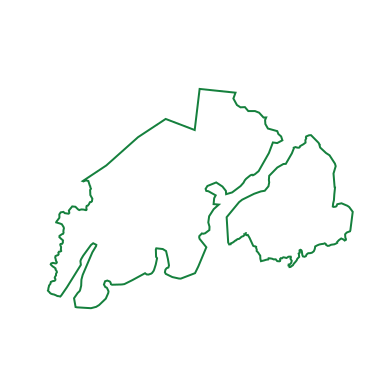 Petersburg, Alaska, United States of America, rotated 262°
{"feature_id": "52423323B76828844452953", "entity_name": "Petersburg", "entity_type": "district", "adm_level": 2, "iso_a3": "USA", "parent_name": "United States of America", "parent_adm1": "Alaska", "projection": "mercator", "projection_center": [-133.171, 57.135], "detail": "fine", "context": "isolated", "style": "outline", "palette": "green", "viewbox_px": 384, "rotation_deg": 262, "n_neighbors": 0, "source": "geoboundaries", "source_scale": "gbopen_adm2", "svg_char_len": 5566}
<svg xmlns="http://www.w3.org/2000/svg" viewBox="0 0 384 384"><g transform="rotate(262 192 192)"><path d="M284.3,248.9L293.0,213.9L253.0,203.3L268.0,176.1L253.8,146.2L230.2,110.8L218.0,85.3L217.6,86.0L218.3,88.6L217.3,90.9L215.9,91.1L214.9,91.3L213.6,91.5L212.5,91.7L211.9,92.0L210.7,92.0L209.3,92.4L208.2,91.4L203.1,90.9L199.2,92.4L196.7,91.6L196.2,90.9L196.1,89.5L194.2,88.2L193.0,86.9L192.9,85.8L191.8,85.3L190.3,85.1L189.3,85.2L188.8,84.8L188.9,84.0L189.6,82.5L190.1,80.4L190.0,78.7L189.8,77.8L190.7,76.7L193.6,74.5L194.4,71.4L190.8,67.5L189.1,67.6L188.4,67.6L187.7,66.8L188.0,65.6L188.8,63.0L190.2,61.9L190.1,59.1L188.3,57.5L185.4,57.2L184.7,56.9L184.1,56.3L183.5,55.6L183.0,55.2L182.2,54.3L181.5,53.6L180.8,53.3L180.3,54.4L179.9,55.2L179.2,56.8L178.2,58.6L176.4,59.4L175.3,59.9L174.2,60.1L173.4,60.0L172.9,59.7L171.9,59.4L170.6,59.1L169.8,59.2L168.6,58.6L168.3,57.3L167.5,55.7L167.0,54.7L165.7,54.4L164.6,55.3L163.1,56.5L162.7,57.1L161.7,57.5L161.1,57.2L159.9,57.1L158.8,56.2L158.8,55.3L158.8,54.6L158.2,54.2L157.3,54.3L155.8,54.7L154.7,54.5L153.5,54.1L152.8,54.3L151.7,54.2L151.4,53.4L151.4,52.4L151.4,52.0L150.5,51.2L149.4,51.3L148.8,51.2L148.1,50.4L148.0,49.3L147.5,47.9L146.1,47.4L144.3,47.7L142.9,47.7L141.6,48.3L140.9,48.3L140.3,47.6L140.3,46.8L141.2,44.4L141.0,43.3L140.8,42.5L140.0,42.0L139.3,42.4L138.3,43.2L137.4,44.0L136.6,45.0L135.3,46.2L134.1,46.1L132.9,46.8L131.5,47.1L130.8,46.6L130.0,46.0L129.2,45.8L128.5,45.8L127.1,44.6L126.1,44.1L124.8,44.6L124.0,44.5L123.2,43.6L123.1,41.6L122.6,39.7L121.4,39.2L120.9,39.1L120.2,38.4L119.2,37.4L118.0,37.0L116.7,36.4L115.2,36.1L114.6,35.6L113.6,36.0L113.0,36.7L112.0,37.2L111.1,38.0L110.3,39.4L109.7,41.1L108.7,42.8L107.7,44.2L107.4,45.5L106.8,47.0L107.8,48.2L115.1,54.9L135.3,71.8L139.1,71.9L140.7,72.7L144.1,75.4L153.6,84.6L155.0,87.0L153.0,89.9L151.8,89.5L146.1,84.9L125.1,72.2L120.6,70.3L114.6,69.2L110.6,67.6L109.5,66.9L107.9,64.7L103.2,60.4L94.3,60.7L93.8,62.0L91.0,75.8L91.6,81.1L93.0,84.3L98.4,91.8L103.6,95.0L105.3,95.5L108.7,94.5L109.4,94.0L109.8,93.0L112.6,91.9L115.7,93.5L116.1,95.8L114.8,98.1L113.8,98.7L112.0,98.9L111.3,99.9L110.2,109.6L110.2,112.2L113.0,120.6L118.1,134.2L116.7,135.6L116.3,137.4L116.8,140.1L117.3,141.1L119.1,142.9L120.4,143.7L125.2,146.0L131.3,148.2L132.8,147.4L140.1,148.2L141.2,148.8L139.6,155.1L137.1,158.1L129.2,158.8L122.5,159.0L120.5,158.1L120.1,156.3L118.8,154.9L116.3,154.0L114.6,154.6L110.5,160.7L108.1,167.1L107.8,168.9L111.2,183.7L117.4,187.9L135.3,198.5L144.5,193.0L146.1,192.8L147.3,193.1L149.6,196.0L149.1,197.2L149.3,199.2L151.9,203.9L155.2,204.5L159.6,203.9L165.6,205.6L172.0,211.1L175.8,216.8L177.0,211.7L182.8,213.1L185.4,215.0L190.5,208.3L191.1,206.3L193.2,205.9L195.8,208.1L198.1,217.3L193.2,222.9L188.4,225.7L185.1,225.5L186.0,231.7L191.1,240.9L194.0,244.3L196.2,245.9L197.6,247.5L200.2,251.8L200.7,253.2L200.6,254.4L200.1,254.7L200.8,256.7L203.4,260.9L219.9,273.6L229.8,279.0L228.6,283.2L230.6,288.7L234.6,288.0L237.4,285.6L240.4,284.9L244.3,276.0L249.1,274.1L253.1,274.4L255.5,275.8L255.8,273.2L261.2,269.5L263.4,265.6L264.3,259.0L268.7,256.2L269.1,251.8L271.9,248.6L278.8,246.0L284.3,248.9ZM134.9,221.5L134.9,223.0L135.3,223.1L135.8,223.5L136.0,224.5L136.3,225.3L136.5,225.8L137.0,226.7L137.3,227.2L137.7,227.7L137.8,228.2L138.1,229.1L138.5,229.3L138.7,229.9L138.9,230.5L139.1,231.0L139.0,231.6L139.1,232.2L139.7,233.2L140.1,233.8L140.4,234.3L140.7,234.7L140.9,235.3L141.1,236.1L141.1,236.5L141.4,237.1L141.9,237.6L142.4,238.0L142.7,238.0L142.5,238.5L142.7,238.9L142.9,239.0L143.4,239.1L143.7,239.3L143.7,239.5L143.0,239.3L142.4,239.5L141.9,239.7L141.6,240.2L141.6,240.8L141.7,241.3L138.6,242.6L130.2,245.1L129.5,246.3L129.4,247.0L128.8,247.9L127.7,247.7L126.1,248.1L124.6,247.8L122.8,249.1L121.0,249.9L119.5,250.7L116.4,250.4L113.9,250.7L114.2,253.8L114.6,256.1L114.6,258.1L115.7,258.6L115.4,260.1L114.8,262.0L113.9,263.5L113.7,265.5L111.7,266.8L111.2,268.8L111.4,269.6L112.5,270.0L113.3,269.8L114.1,270.7L113.8,271.9L114.3,272.5L114.6,273.4L114.2,274.8L113.5,276.3L114.0,277.6L114.5,278.4L114.4,280.0L114.2,280.8L113.2,280.8L112.2,280.2L110.0,281.2L108.5,280.6L107.5,279.9L106.6,278.4L106.7,277.6L105.7,277.3L105.2,278.0L104.1,278.1L104.1,279.3L104.6,279.7L104.9,280.6L105.4,281.7L106.9,282.9L108.3,284.6L109.7,286.1L111.2,287.0L112.8,289.1L115.4,289.2L116.2,289.0L116.7,289.7L116.9,290.3L118.0,290.4L118.6,290.2L119.3,290.4L119.7,291.3L119.2,292.1L118.2,292.5L116.1,292.5L114.3,292.5L112.8,292.9L112.2,294.4L112.6,295.8L114.2,296.8L115.2,298.5L115.0,300.6L115.2,302.3L116.3,304.3L118.0,305.4L119.5,306.0L120.9,306.4L121.7,308.5L122.3,310.8L122.4,312.7L122.4,315.1L122.7,316.3L121.8,317.3L121.0,317.4L119.8,318.8L119.7,320.3L120.4,322.4L120.4,325.7L120.9,327.4L121.4,328.7L122.3,328.8L123.9,330.8L125.2,333.3L123.9,335.4L122.7,336.4L123.2,337.7L123.9,337.9L125.5,337.5L128.6,337.7L129.2,338.1L130.4,339.8L131.1,343.0L132.1,343.5L150.0,348.4L155.2,345.6L156.7,344.0L160.0,338.5L159.7,334.2L157.9,333.1L157.5,332.3L157.5,330.3L158.0,329.4L161.1,330.2L164.1,331.4L169.9,332.6L176.7,334.3L177.0,333.9L190.6,334.7L197.6,337.9L200.2,337.5L209.2,333.3L212.0,330.1L218.2,325.1L221.0,324.7L221.1,325.0L223.2,324.1L231.7,317.8L231.9,315.8L231.1,312.8L230.3,312.4L229.3,312.6L227.6,311.5L225.1,311.3L223.8,309.0L222.4,305.5L221.3,304.8L221.0,304.1L221.3,302.4L222.1,300.7L221.7,298.9L221.0,298.9L216.4,296.3L206.8,288.8L207.0,286.4L204.4,279.9L197.3,270.7L193.2,269.8L190.8,269.8L187.0,268.5L183.1,264.2L183.0,260.3L181.6,253.3L177.4,240.6L175.4,237.2L162.2,222.8L137.0,220.8L134.9,221.5L134.9,221.5Z" fill="none" stroke="#15803d" stroke-width="2"/></g></svg>